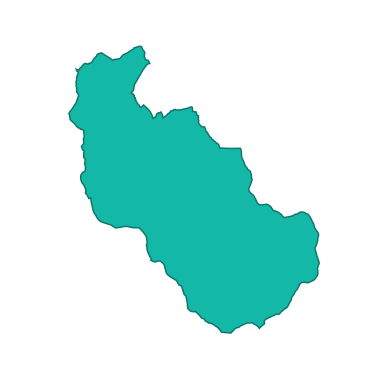 the district of Saru Dornei, Suceava, Romania, rotated 284°
{"feature_id": "2599482B64187693083296", "entity_name": "Saru Dornei", "entity_type": "district", "adm_level": 2, "iso_a3": "ROU", "parent_name": "Romania", "parent_adm1": "Suceava", "projection": "equal_earth", "projection_center": [25.301, 47.209], "detail": "fine", "context": "isolated", "style": "filled", "palette": "teal", "viewbox_px": 384, "rotation_deg": 284, "n_neighbors": 0, "source": "geoboundaries", "source_scale": "gbopen_adm2", "svg_char_len": 5919}
<svg xmlns="http://www.w3.org/2000/svg" viewBox="0 0 384 384"><g transform="rotate(284 192 192)"><path d="M199.4,304.8L198.9,302.5L198.6,301.9L198.0,301.2L196.3,299.8L195.3,297.5L194.2,296.3L193.4,295.7L193.1,295.2L190.9,291.0L190.4,289.5L189.8,288.4L189.5,287.5L190.1,286.1L191.5,284.5L192.0,283.7L192.7,282.0L193.4,279.8L193.8,275.9L194.1,275.0L194.4,274.5L196.6,272.3L197.0,271.7L197.5,270.1L198.2,268.5L198.2,267.8L198.0,267.0L196.9,264.1L196.1,262.1L196.2,259.9L196.6,258.8L197.1,258.1L198.8,256.8L203.2,252.9L204.0,251.7L204.8,249.9L205.9,248.3L206.2,247.8L207.1,247.0L208.3,246.4L209.5,246.3L214.6,247.1L216.7,247.2L218.3,247.4L220.5,246.2L223.1,245.4L225.5,244.0L226.4,243.3L227.4,240.6L228.8,239.4L230.2,237.4L234.3,234.6L237.3,232.1L238.9,231.4L243.2,230.1L246.1,228.5L243.6,218.9L241.4,208.3L244.1,206.6L244.6,206.2L244.9,205.8L245.0,204.7L245.5,204.1L246.6,201.9L247.2,200.4L247.9,199.6L248.0,198.7L249.7,196.8L249.6,195.9L250.5,195.3L253.7,192.2L254.3,191.0L254.6,190.6L256.3,189.9L258.1,188.5L258.2,188.2L257.7,187.2L257.8,186.3L258.0,185.1L259.2,183.2L260.0,182.2L261.1,181.4L263.0,181.3L264.3,180.4L265.6,180.4L266.9,179.7L267.5,179.8L267.7,179.5L267.8,178.1L268.9,177.4L270.5,176.9L270.6,176.7L270.4,173.7L270.3,173.0L270.8,173.0L273.6,172.0L274.1,171.7L274.4,171.3L274.2,170.4L273.9,169.6L273.4,169.2L272.0,167.2L271.7,166.1L270.9,164.9L270.6,164.0L268.9,161.2L267.8,157.2L267.9,156.1L268.1,155.8L267.8,154.9L266.9,153.9L266.4,153.9L265.8,152.9L265.6,152.3L265.7,152.0L263.4,150.9L262.1,149.7L260.7,149.2L256.9,146.0L260.1,144.4L260.3,144.1L260.7,143.7L262.1,142.6L260.4,140.9L260.9,140.4L258.7,138.6L256.7,139.0L254.5,136.9L254.0,136.5L257.6,134.0L259.5,132.3L260.1,131.7L262.8,127.6L264.7,124.0L263.9,123.6L261.7,121.8L261.7,121.6L262.5,120.5L263.4,119.8L264.0,118.3L264.7,117.9L264.8,117.6L266.1,116.4L266.2,116.1L266.9,115.4L267.7,115.4L267.8,115.2L267.8,114.9L268.1,114.7L268.2,114.4L268.6,113.9L268.9,114.1L269.5,114.3L269.8,113.5L270.3,113.3L270.9,112.7L271.3,112.7L271.2,112.5L271.3,112.5L271.7,112.1L272.4,111.8L272.7,111.4L272.7,110.5L273.0,110.1L273.0,109.7L273.6,109.0L276.3,110.6L280.2,110.3L281.8,110.1L299.0,115.0L305.2,117.7L306.5,119.9L309.0,117.9L309.2,114.8L311.7,113.1L313.7,112.6L315.7,112.6L316.5,112.0L318.2,109.8L320.9,107.7L320.9,107.3L320.3,104.8L319.3,103.6L319.1,103.0L318.2,101.8L318.0,101.0L317.6,101.1L316.9,100.9L314.8,98.6L311.1,95.4L308.2,91.7L304.0,89.8L302.3,86.2L302.1,84.8L300.6,83.4L301.9,80.2L305.1,70.4L304.0,68.6L303.5,67.6L302.4,66.7L300.9,66.5L300.2,66.2L298.5,65.1L298.0,64.7L296.6,64.3L295.6,63.9L293.6,63.6L293.3,63.1L292.4,62.1L291.9,61.0L291.4,60.6L290.8,59.5L290.8,59.0L291.1,58.6L291.1,58.1L290.8,57.3L290.2,56.3L289.6,55.9L288.8,55.7L288.6,55.3L288.0,55.0L286.4,54.6L286.0,54.0L285.7,53.6L285.1,53.5L284.8,53.3L283.8,53.3L283.2,52.9L283.1,52.6L283.2,51.9L282.7,51.2L282.7,50.9L283.0,50.0L281.9,50.6L281.4,51.2L281.3,52.5L280.2,52.5L279.6,52.8L279.4,52.7L278.4,52.7L277.7,52.4L275.4,52.4L272.4,53.0L271.2,52.8L270.7,52.9L268.0,53.7L266.7,54.0L264.7,55.1L262.8,55.4L261.1,56.0L260.7,56.4L259.5,57.9L259.0,58.3L257.6,58.6L253.5,58.2L252.7,58.2L250.4,57.9L243.1,55.4L240.5,54.1L238.2,53.6L236.9,54.6L232.9,56.2L232.4,56.8L229.6,61.9L228.0,63.8L226.7,65.9L226.8,67.4L226.5,68.3L226.5,68.6L226.0,68.5L225.9,71.3L225.8,71.8L225.3,72.1L218.8,74.3L218.1,73.8L217.1,73.8L215.1,74.5L214.4,74.8L213.0,75.2L211.2,74.4L209.4,73.7L208.1,74.5L206.7,75.6L206.3,76.0L206.0,77.1L205.8,77.3L205.0,77.5L203.4,77.5L200.3,78.4L199.9,78.4L199.4,78.6L198.4,79.9L197.9,80.2L195.4,81.0L193.8,80.8L193.4,80.9L193.1,81.1L193.0,81.8L191.5,82.0L190.5,82.7L189.1,82.8L187.9,83.2L186.7,83.2L186.1,82.8L185.0,81.8L184.9,81.5L183.5,80.7L181.6,80.1L180.0,80.3L178.2,80.7L176.7,81.4L174.1,83.2L173.7,83.9L173.2,84.7L170.5,87.1L168.2,88.4L167.2,88.8L166.0,88.9L165.1,88.8L163.5,91.1L160.7,93.6L161.8,95.2L159.7,95.9L156.1,97.5L153.6,98.9L152.0,99.6L150.0,100.6L147.6,102.4L146.7,103.7L144.4,105.8L143.2,107.0L141.9,109.1L141.3,110.4L140.8,114.5L140.4,121.5L138.6,126.4L140.6,131.3L142.8,136.3L143.2,144.1L144.4,148.7L144.3,149.6L143.9,150.3L141.7,153.7L140.3,155.6L138.7,157.4L137.6,158.5L136.3,159.1L132.5,160.6L131.2,160.9L129.9,160.6L128.9,160.8L127.0,161.9L125.8,162.1L124.6,162.7L123.4,163.4L118.9,166.9L117.5,168.6L116.6,168.7L115.8,168.5L115.5,169.6L115.4,170.8L115.1,172.8L115.7,174.1L116.6,175.4L117.3,176.8L117.2,177.9L117.0,178.8L115.3,181.9L114.7,182.6L111.9,184.0L107.0,186.9L106.2,187.8L104.6,191.1L102.3,198.4L98.7,201.7L98.4,204.4L90.7,209.2L89.4,211.4L83.7,214.1L77.9,216.1L76.2,219.0L75.9,220.4L76.1,220.9L76.2,222.8L76.9,224.0L76.9,224.3L75.9,225.8L75.8,226.2L74.3,228.9L73.6,229.7L73.4,230.2L72.1,231.6L71.6,234.8L70.4,235.8L69.9,236.4L69.7,237.7L69.2,238.8L69.4,239.4L68.9,240.0L69.3,241.1L69.1,242.9L69.2,243.4L68.6,244.2L68.7,244.7L67.8,246.9L67.5,247.5L67.4,248.1L66.4,250.3L65.7,251.4L63.1,254.6L64.6,263.9L70.3,267.2L72.3,270.4L73.8,271.6L76.2,274.4L78.3,277.4L79.6,281.9L78.4,286.2L77.5,288.6L76.0,290.3L77.3,291.0L78.3,291.8L80.6,293.3L81.6,294.2L82.1,294.2L84.0,293.3L84.9,293.5L86.0,294.2L88.5,296.8L89.5,298.1L89.8,298.1L90.0,298.7L93.5,303.0L94.5,304.5L94.5,305.0L94.2,305.6L94.3,305.7L95.0,306.4L97.6,307.7L98.5,308.5L100.8,310.0L102.9,312.1L103.4,312.4L107.4,313.3L111.2,314.3L114.5,314.4L117.2,315.6L121.2,316.6L122.9,317.6L128.3,318.8L129.5,319.4L130.8,320.5L131.5,321.9L131.8,323.5L131.7,325.6L132.0,326.5L134.4,329.7L136.3,331.8L138.2,332.7L141.2,333.7L142.6,334.0L144.2,333.7L146.6,332.9L147.4,332.4L148.3,332.2L149.6,332.3L151.2,332.2L152.7,332.6L154.1,332.5L157.2,330.7L159.3,329.2L166.9,325.0L167.5,325.0L171.2,325.5L175.6,325.7L178.5,325.1L179.6,325.3L180.6,325.3L181.8,325.0L183.1,324.0L185.1,321.6L186.7,320.0L187.8,319.1L189.2,318.5L190.3,317.9L193.5,315.0L195.3,313.6L197.9,310.7L198.3,310.1L198.5,309.5L198.7,308.2L198.6,307.5L199.1,306.8L199.3,306.4L199.3,305.7L199.4,304.8Z" fill="#14b8a6" stroke="#0f766e" stroke-width="1.5"/></g></svg>